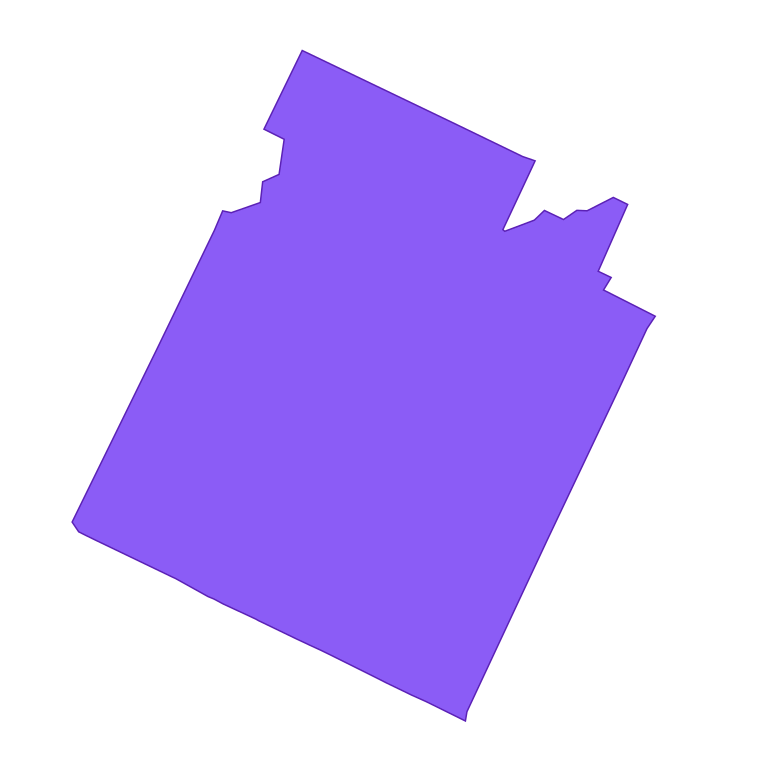 outline of Covington, Alabama, United States of America, rotated 26°
{"feature_id": "52423323B38524451377565", "entity_name": "Covington", "entity_type": "district", "adm_level": 2, "iso_a3": "USA", "parent_name": "United States of America", "parent_adm1": "Alabama", "projection": "orthographic", "projection_center": [-86.436, 31.261], "detail": "fine", "context": "isolated", "style": "filled", "palette": "violet", "viewbox_px": 768, "rotation_deg": 26, "n_neighbors": 0, "source": "geoboundaries", "source_scale": "gbopen_adm2", "svg_char_len": 806}
<svg xmlns="http://www.w3.org/2000/svg" viewBox="0 0 768 768"><g transform="rotate(26 384 384)"><path d="M599.1,452.6L597.4,291.8L596.1,218.9L598.1,204.2L540.1,203.3L541.5,188.7L527.1,188.8L524.3,115.8L508.3,115.8L490.6,139.3L481.2,143.4L473.2,157.5L452.1,157.7L447.3,170.8L425.6,193.8L423.2,193.2L422.0,117.2L408.8,118.8L337.2,119.0L164.3,120.1L164.4,207.6L187.0,207.8L197.8,241.6L186.3,255.4L193.3,275.1L171.6,297.0L163.1,299.1L164.2,320.2L164.6,452.6L164.2,644.8L174.4,650.7L182.9,650.8L194.7,650.8L278.1,650.3L281.7,650.2L319.0,652.2L325.1,651.8L336.2,652.2L371.9,651.5L375.1,651.7L417.8,651.5L429.0,651.3L431.8,651.3L443.9,651.0L448.4,651.0L452.2,651.0L504.0,651.4L517.2,651.6L545.4,651.5L560.9,651.0L604.9,651.2L602.2,642.2L599.1,452.6Z" fill="#8b5cf6" stroke="#5b21b6" stroke-width="1.5"/></g></svg>